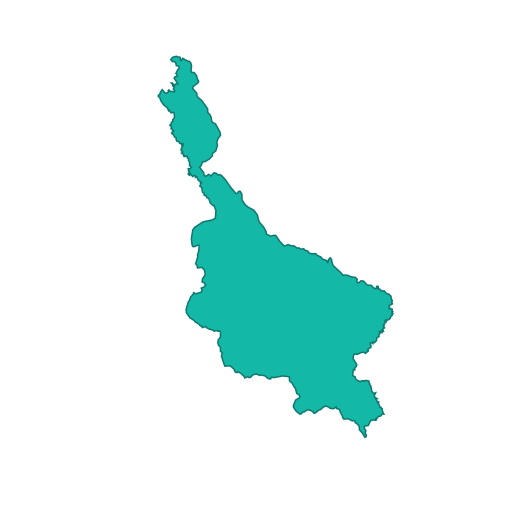 outline of Montecristo, Bolívar, Colombia, rotated 146°
{"feature_id": "7082276B84262983016086", "entity_name": "Montecristo", "entity_type": "district", "adm_level": 2, "iso_a3": "COL", "parent_name": "Colombia", "parent_adm1": "Bolívar", "projection": "albers", "projection_center": [-74.489, 7.93], "detail": "fine", "context": "isolated", "style": "filled", "palette": "teal", "viewbox_px": 512, "rotation_deg": 146, "n_neighbors": 0, "source": "geoboundaries", "source_scale": "gbopen_adm2", "svg_char_len": 6088}
<svg xmlns="http://www.w3.org/2000/svg" viewBox="0 0 512 512"><g transform="rotate(146 256 256)"><path d="M235.4,70.0L236.5,72.7L236.1,74.0L233.3,75.7L235.4,76.3L235.6,79.4L234.1,82.3L234.3,83.1L233.4,84.2L233.8,85.9L233.1,86.4L232.9,88.7L232.3,89.1L234.3,91.3L236.0,92.0L236.2,91.6L237.7,93.4L240.1,93.6L240.7,95.3L241.6,96.0L242.1,98.2L241.4,100.5L242.8,102.9L239.0,107.1L237.7,106.3L237.2,107.7L234.2,108.5L233.1,109.9L232.9,116.4L231.2,118.7L229.4,119.8L226.7,117.7L222.6,117.2L220.1,115.6L219.8,114.1L215.7,114.5L215.6,116.0L213.5,116.3L212.1,115.8L210.7,117.4L210.5,119.4L209.8,119.9L208.7,119.5L208.1,118.0L207.0,119.2L206.3,117.9L203.4,118.5L201.7,120.6L199.0,120.4L198.4,121.7L196.0,122.8L196.0,124.3L194.9,123.4L194.5,122.0L193.4,122.7L192.4,122.3L192.2,123.3L193.0,124.3L189.7,124.6L190.0,126.0L188.8,126.4L188.5,127.9L187.0,127.8L185.9,129.7L184.9,128.6L183.8,130.5L183.0,129.3L180.9,129.0L179.3,129.3L178.6,130.3L176.3,130.6L175.7,131.9L174.7,131.6L174.8,133.0L173.7,133.3L174.1,134.3L172.7,135.6L174.4,137.6L175.0,137.6L174.8,138.3L174.0,138.7L173.3,140.5L169.6,140.0L169.5,141.6L168.2,142.4L167.4,145.9L166.6,147.0L167.1,150.0L168.8,152.0L169.1,155.2L171.7,157.2L171.8,159.2L173.4,160.7L171.9,161.7L171.9,162.9L173.0,163.3L174.4,162.0L175.4,162.2L176.4,164.1L176.8,167.2L180.1,169.8L180.8,175.0L182.7,176.7L185.8,176.4L186.8,177.2L186.7,178.6L185.1,180.1L185.6,182.7L189.0,185.8L190.8,188.8L193.7,191.1L194.6,191.1L195.0,194.8L197.4,205.0L196.1,209.6L195.3,210.5L195.5,213.1L197.8,212.5L199.4,210.8L200.5,210.7L200.0,212.9L202.6,216.1L202.8,219.1L204.8,222.1L205.3,224.7L208.0,226.3L210.3,228.6L210.4,231.4L212.0,233.0L212.4,235.3L214.7,236.4L216.0,238.8L217.6,239.7L218.9,243.3L220.8,244.4L223.1,247.6L226.3,248.1L227.2,249.0L228.1,255.0L228.1,262.0L229.5,263.1L232.7,264.2L235.2,268.5L234.1,270.1L233.5,275.8L234.2,281.1L233.9,284.3L231.9,289.2L232.2,295.2L235.3,301.1L236.3,305.1L236.2,310.4L233.2,315.0L232.9,318.5L234.2,319.3L236.3,318.4L237.8,319.1L238.6,327.8L238.7,335.8L239.5,341.7L240.5,343.8L242.1,344.3L242.7,346.7L244.3,348.5L248.7,347.6L249.5,350.1L252.6,350.0L254.0,351.6L252.7,354.6L253.2,361.1L250.7,361.7L247.9,363.8L245.1,362.7L240.1,362.5L236.2,363.4L234.7,365.3L230.6,365.6L226.0,369.3L224.9,372.3L221.7,374.6L217.8,376.0L216.6,378.7L215.7,388.2L217.1,390.6L217.3,392.5L215.5,396.5L215.2,398.9L215.7,402.1L214.0,404.6L213.8,406.1L214.0,415.1L215.4,420.0L215.3,421.9L214.1,423.9L214.8,430.3L213.4,431.6L207.1,432.0L205.8,432.9L205.6,435.8L204.5,438.3L204.5,442.0L205.4,443.4L206.6,444.0L206.6,445.5L203.2,449.5L202.1,452.5L202.5,454.9L203.4,455.3L206.3,461.0L208.6,459.7L209.0,460.8L207.8,463.1L208.2,463.8L209.7,464.8L210.3,466.1L214.1,467.4L216.9,466.4L216.5,463.8L214.8,462.7L214.6,460.9L215.6,458.3L214.0,456.8L214.2,454.9L216.5,454.3L220.3,452.1L220.2,450.6L220.8,449.1L223.1,449.9L224.4,449.3L224.5,442.4L226.4,443.5L228.1,442.8L228.7,446.3L229.5,446.8L229.2,444.5L230.0,443.6L229.4,441.6L231.2,440.7L231.0,438.2L231.8,437.7L235.2,440.8L235.3,442.4L236.4,442.2L236.1,441.3L236.6,441.0L238.1,440.7L240.2,441.9L240.7,446.4L244.0,445.1L245.4,443.6L247.0,444.0L247.8,442.7L247.2,440.7L248.0,438.6L248.1,433.1L246.6,428.4L247.3,425.3L246.4,425.4L246.4,422.1L244.2,421.4L243.9,420.3L246.2,416.3L248.9,415.5L249.6,414.1L251.3,414.1L252.7,412.6L253.5,413.0L254.3,412.5L253.7,410.6L255.3,409.0L254.5,408.4L254.9,407.1L254.3,405.9L255.1,405.1L256.1,405.7L257.4,404.7L256.6,402.5L257.0,400.2L256.1,398.3L257.1,397.3L257.4,395.5L256.0,393.9L256.3,392.0L255.2,391.1L255.5,389.9L254.2,390.4L253.6,389.9L254.7,388.2L256.4,388.0L256.8,386.9L258.2,386.6L259.2,385.1L258.3,383.8L259.0,383.0L260.2,383.0L259.5,381.2L260.0,378.9L259.2,379.0L259.3,378.2L257.3,377.3L258.0,375.7L257.5,374.4L258.5,373.1L258.6,370.9L260.6,368.1L260.1,367.5L260.1,365.9L261.7,365.2L263.3,366.3L264.5,364.0L263.8,363.4L264.8,361.4L265.8,361.6L265.5,362.4L266.3,362.2L266.1,360.1L264.1,359.9L264.2,357.4L261.9,357.2L261.7,355.9L262.2,355.2L260.8,355.1L261.5,350.9L260.6,349.0L261.2,347.8L260.3,347.3L263.5,345.4L262.7,343.2L264.7,338.7L263.9,336.9L265.0,335.2L263.7,333.9L264.1,332.0L263.0,329.9L264.3,325.5L263.4,321.9L262.6,321.4L263.9,315.9L268.6,310.0L272.4,310.5L280.8,313.9L290.8,314.1L293.8,313.0L300.0,306.4L303.0,300.5L303.0,299.1L302.3,298.4L297.4,297.2L297.3,296.3L301.0,291.9L304.0,289.5L304.4,288.2L310.5,283.2L310.0,281.6L311.2,278.8L307.1,276.7L306.7,273.2L308.0,269.7L309.2,268.6L313.2,267.0L315.2,264.6L314.0,262.9L314.0,260.0L316.6,259.4L319.4,260.0L319.9,257.7L321.7,256.7L326.8,258.2L328.3,260.5L329.4,259.4L333.1,258.6L336.3,256.2L337.4,256.1L343.9,250.7L345.4,247.9L345.4,241.7L343.2,236.9L343.3,235.3L341.6,232.0L341.2,229.2L340.3,228.6L340.6,226.7L337.1,225.7L337.2,224.6L336.0,222.1L333.3,218.8L332.7,217.0L330.6,216.5L329.6,214.7L328.2,214.5L327.9,212.9L330.9,208.6L334.1,207.6L336.1,205.6L337.0,203.0L336.5,200.3L338.8,196.9L338.0,194.8L340.6,192.4L343.5,182.2L338.8,179.4L337.5,174.6L338.1,171.5L337.1,170.0L335.9,170.2L334.2,167.5L333.2,162.9L333.5,161.2L330.2,160.5L329.7,159.0L328.1,158.5L325.1,159.2L321.8,158.1L319.6,154.9L318.1,154.4L315.4,151.3L314.7,148.1L313.6,146.5L312.4,145.9L311.8,146.8L310.6,146.8L309.5,145.3L301.1,141.7L295.9,137.3L298.1,133.6L297.1,130.3L297.6,126.4L297.2,124.7L299.1,119.2L298.1,117.2L297.9,115.5L298.9,114.2L303.7,114.4L308.8,111.0L309.5,109.6L309.5,105.1L308.1,100.5L306.9,99.8L304.6,100.5L303.1,99.7L299.4,99.8L297.1,97.5L295.8,94.7L296.1,93.6L295.0,92.7L289.9,93.1L288.3,92.5L284.9,93.1L282.1,92.6L280.1,90.0L280.0,88.7L277.9,86.5L276.7,86.0L273.9,86.1L274.5,84.5L272.6,82.2L273.5,79.1L273.8,74.9L274.5,73.8L274.4,71.7L270.6,69.5L268.4,65.4L267.0,65.0L266.3,63.9L267.0,62.2L266.3,61.5L265.6,57.3L267.5,54.0L266.8,49.7L267.2,44.8L265.9,44.6L264.7,45.6L264.4,48.2L262.6,49.8L262.6,52.0L261.8,53.9L261.1,54.2L257.7,52.7L253.1,55.4L250.7,54.7L248.5,52.7L247.8,52.8L247.8,54.2L245.9,53.8L244.6,54.6L242.1,53.6L239.6,54.4L238.4,53.4L238.0,56.4L236.7,59.0L237.3,59.9L237.0,60.7L237.8,61.3L236.8,65.4L236.1,66.2L236.8,66.4L236.2,66.7L236.8,67.5L236.7,70.6L235.4,70.0Z" fill="#14b8a6" stroke="#0f766e" stroke-width="1.5"/></g></svg>